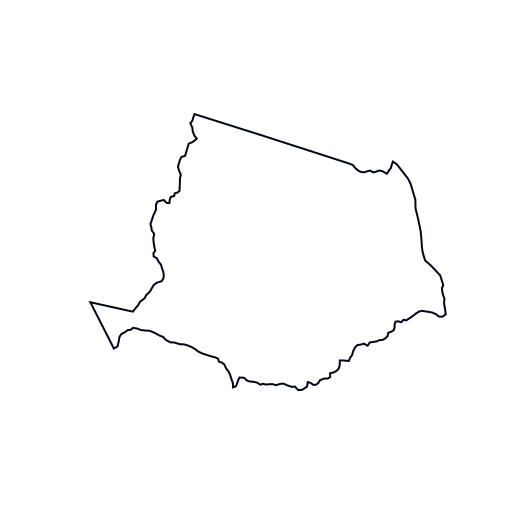 Palmeiras do Tocantins, Tocantins, Brazil, rotated 327°
{"feature_id": "56859067B46130083042183", "entity_name": "Palmeiras do Tocantins", "entity_type": "district", "adm_level": 2, "iso_a3": "BRA", "parent_name": "Brazil", "parent_adm1": "Tocantins", "projection": "equal_earth", "projection_center": [-47.673, -6.586], "detail": "fine", "context": "isolated", "style": "outline", "palette": "ink", "viewbox_px": 512, "rotation_deg": 327, "n_neighbors": 0, "source": "geoboundaries", "source_scale": "gbopen_adm2", "svg_char_len": 2933}
<svg xmlns="http://www.w3.org/2000/svg" viewBox="0 0 512 512"><g transform="rotate(327 256 256)"><path d="M281.7,103.5L279.0,105.5L276.5,107.8L273.3,108.8L272.4,114.0L270.7,117.2L269.9,122.0L270.2,125.3L267.7,125.7L264.7,125.9L260.8,125.1L257.8,127.7L254.5,130.4L251.1,133.4L247.5,132.3L244.5,134.0L242.2,136.0L239.2,138.6L237.9,142.8L237.2,146.9L234.6,149.4L231.8,153.5L229.4,156.8L227.3,159.8L224.4,160.0L222.0,159.2L220.0,161.1L216.7,160.0L214.3,161.9L212.2,164.4L210.0,162.8L209.1,158.7L205.4,157.5L202.8,156.7L199.8,158.7L197.6,162.5L194.8,164.4L191.8,166.2L188.0,169.3L184.9,171.7L183.9,174.8L182.5,177.8L182.7,181.9L179.3,185.5L177.2,189.6L175.5,193.5L174.3,196.8L171.6,197.7L169.9,200.7L171.6,203.8L171.2,207.9L171.6,211.6L170.4,215.3L169.6,218.9L168.2,221.8L166.2,224.4L162.9,225.7L158.5,224.4L154.6,224.6L151.4,226.1L148.5,227.7L145.6,228.5L142.5,229.0L139.8,230.7L136.9,231.0L133.8,231.2L130.2,233.1L126.1,234.3L122.4,235.6L91.9,204.6L86.4,256.2L90.6,256.4L94.2,253.0L97.4,249.5L100.6,248.1L104.6,248.5L108.1,248.3L110.5,249.6L113.8,249.3L116.9,252.2L119.1,255.3L122.4,258.1L126.0,260.7L128.0,263.6L129.6,266.0L131.7,270.1L134.0,273.2L134.7,277.3L137.1,281.7L140.5,284.2L142.9,287.2L144.9,289.2L147.3,290.7L149.6,293.3L151.9,296.5L154.2,300.8L155.6,304.8L158.2,309.0L160.9,312.2L163.3,315.2L166.5,318.7L168.2,321.4L167.4,324.5L169.3,326.8L170.4,329.7L169.7,334.0L170.1,338.1L169.5,341.8L168.2,346.4L167.3,350.2L165.2,353.7L168.2,354.3L170.4,352.9L172.8,350.9L175.9,348.9L179.6,351.6L180.7,355.7L182.5,357.9L185.6,360.3L187.9,362.7L189.6,366.4L192.1,366.8L194.4,369.3L197.2,370.7L199.8,372.3L202.8,375.4L206.9,376.5L209.6,378.1L211.7,381.4L214.7,385.2L217.5,386.7L218.4,391.5L221.7,393.3L224.3,393.4L227.7,393.3L230.7,389.9L232.7,392.2L234.0,395.5L236.5,396.7L239.1,396.4L242.1,395.0L246.3,395.9L249.4,397.8L252.3,397.9L254.2,394.8L258.0,396.0L260.8,396.2L264.0,395.5L266.8,393.1L269.4,389.3L272.8,391.5L276.6,394.6L279.7,392.5L282.7,391.4L285.3,389.0L289.1,386.7L292.5,385.9L295.7,387.4L298.8,388.3L300.7,392.0L304.3,390.5L307.7,392.0L310.6,393.3L313.8,393.8L316.2,395.2L319.0,395.5L322.5,395.0L325.1,392.4L328.2,393.2L331.1,393.2L333.3,391.5L334.8,389.0L337.3,387.1L339.5,388.1L341.8,390.6L345.0,389.8L346.9,391.8L349.5,391.8L352.4,391.8L356.1,391.6L359.5,391.3L362.4,391.4L365.4,392.4L368.2,395.0L370.5,397.0L373.0,399.4L375.3,402.9L376.4,406.4L379.4,408.5L383.4,408.2L385.6,403.6L387.8,398.3L390.8,394.4L391.7,390.5L392.8,387.4L394.4,384.2L397.2,382.4L399.9,372.6L397.5,359.2L395.4,351.8L397.8,343.6L400.4,338.1L402.7,334.2L407.6,324.9L411.9,313.9L415.7,303.0L420.3,295.6L425.0,279.6L425.6,273.7L424.4,259.5L424.0,255.5L422.3,251.4L419.5,253.4L417.3,255.5L414.6,256.5L410.5,258.3L408.4,254.0L405.9,251.4L402.8,250.7L400.2,250.0L398.1,246.5L395.6,245.6L392.7,244.9L390.1,243.1L388.5,240.6L387.2,236.8L386.8,232.6L385.2,230.1L327.8,159.5L309.6,137.4L281.7,103.5Z" fill="none" stroke="#020617" stroke-width="2"/></g></svg>